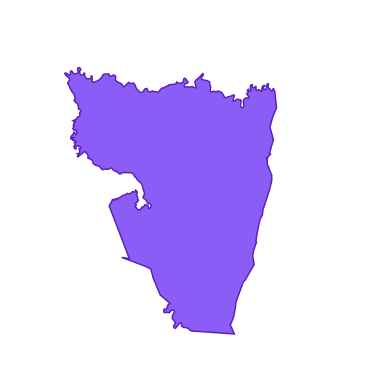 San Jerónimo Coatlán, Oaxaca, Mexico (orthographic projection), rotated 346°
{"feature_id": "50627088B48669608540498", "entity_name": "San Jerónimo Coatlán", "entity_type": "district", "adm_level": 2, "iso_a3": "MEX", "parent_name": "Mexico", "parent_adm1": "Oaxaca", "projection": "orthographic", "projection_center": [-96.995, 16.194], "detail": "fine", "context": "isolated", "style": "filled", "palette": "violet", "viewbox_px": 384, "rotation_deg": 346, "n_neighbors": 0, "source": "geoboundaries", "source_scale": "gbopen_adm2", "svg_char_len": 5917}
<svg xmlns="http://www.w3.org/2000/svg" viewBox="0 0 384 384"><g transform="rotate(346 192 192)"><path d="M108.0,238.5L128.2,252.4L133.4,256.7L133.6,266.6L136.3,284.3L143.7,294.7L143.1,295.3L142.3,295.2L141.3,295.8L139.4,298.8L138.7,299.1L136.6,299.1L135.9,299.7L135.7,302.0L136.5,302.5L138.9,302.8L140.2,303.5L141.0,303.5L143.5,301.9L144.7,301.9L145.7,302.5L146.1,303.7L143.0,307.5L142.2,310.1L143.7,312.7L144.2,314.7L143.6,315.8L141.7,317.6L141.7,319.2L142.3,320.1L143.7,319.9L144.8,318.7L147.0,317.4L147.8,316.3L149.3,316.3L149.8,317.5L149.6,320.0L151.5,321.6L152.6,321.7L154.7,323.0L156.0,324.3L156.9,326.0L158.4,326.9L198.8,340.0L197.0,329.9L198.5,328.5L202.4,322.8L206.1,314.6L208.0,309.5L219.7,292.1L222.4,290.2L234.8,277.3L235.5,268.3L238.2,262.8L242.5,256.2L242.0,255.7L244.2,250.1L248.4,241.0L251.4,235.0L254.7,231.4L256.5,226.5L267.3,209.4L272.1,200.4L273.4,195.2L271.8,182.8L273.2,177.9L273.0,177.7L273.6,177.3L273.5,177.0L272.6,177.0L272.6,176.7L273.5,176.7L277.3,174.4L277.1,173.6L276.6,173.1L283.7,160.8L283.3,148.0L288.1,139.3L294.4,130.8L296.7,113.9L296.1,112.8L296.1,111.5L295.8,111.4L294.4,113.2L293.8,113.2L293.3,112.8L292.8,111.4L291.5,109.7L291.1,108.3L292.3,105.5L291.0,105.6L290.0,107.2L289.1,109.8L288.2,110.3L286.9,110.0L286.4,107.9L287.0,107.1L288.0,107.0L288.3,106.3L287.6,106.0L286.0,106.7L285.5,107.1L285.5,107.7L284.8,108.6L284.4,110.3L283.9,111.0L281.0,108.7L279.3,109.3L278.8,109.1L278.7,108.2L279.6,105.3L279.4,104.9L277.3,105.9L276.3,105.1L275.8,104.1L276.6,102.6L275.7,102.3L274.5,102.7L273.6,105.8L274.3,106.8L273.6,108.0L272.6,108.2L272.1,107.8L271.8,106.4L271.4,105.9L270.2,107.0L271.0,107.5L271.0,108.1L269.4,109.9L268.7,110.1L270.3,113.3L270.4,114.0L270.1,114.4L269.4,114.6L268.8,114.1L266.7,113.9L265.4,114.3L264.0,115.8L263.5,116.7L263.5,119.0L263.0,121.5L262.4,122.2L261.0,122.6L260.5,122.0L259.9,120.1L261.8,114.9L261.6,114.4L258.6,113.1L257.4,113.0L255.8,114.0L254.9,114.1L254.2,113.7L254.2,113.2L255.1,110.8L256.4,108.9L256.4,108.4L256.1,108.0L255.1,107.9L251.9,108.5L249.9,108.3L248.3,108.7L247.4,108.6L246.6,108.1L245.3,103.5L244.8,102.6L242.9,101.0L241.5,100.4L239.5,100.6L238.5,100.3L237.2,99.3L235.3,99.7L234.9,99.5L234.3,98.6L234.3,97.5L235.6,94.5L235.3,93.0L235.7,89.5L233.7,87.5L231.6,86.8L229.5,85.5L228.9,85.0L228.7,84.1L229.0,83.0L231.0,81.5L231.3,80.9L231.5,80.3L231.1,79.7L227.2,82.3L222.4,84.7L221.4,85.9L221.3,91.3L221.1,91.7L220.3,91.7L219.5,91.4L217.7,89.7L214.6,89.6L212.0,88.4L211.3,88.8L210.2,88.1L210.1,87.3L211.1,85.7L211.6,85.3L213.5,85.3L214.5,84.9L214.8,84.4L213.9,82.7L213.6,81.3L213.0,80.2L212.3,79.8L211.5,80.1L210.2,82.8L209.0,83.7L206.6,83.7L205.3,83.3L203.8,81.6L202.7,82.9L201.9,83.3L196.5,82.5L195.2,82.6L194.9,82.9L193.2,83.1L190.5,84.0L187.7,84.0L186.1,84.9L185.0,86.0L183.0,87.0L178.1,84.5L174.7,84.7L173.9,83.9L173.4,80.7L171.6,80.5L170.1,81.3L169.9,82.0L168.8,82.8L167.4,83.4L165.1,82.0L164.5,80.4L163.0,78.2L162.7,74.6L161.8,72.3L161.1,72.0L158.8,72.1L158.2,71.8L157.6,70.6L157.0,70.3L152.1,73.1L151.2,73.4L150.8,73.2L150.4,72.5L150.3,70.7L148.3,68.6L146.7,67.7L144.7,65.0L146.0,61.2L144.6,59.7L144.1,59.5L141.9,60.0L140.9,59.8L140.1,59.4L140.0,57.6L139.8,57.2L137.3,56.9L135.3,56.3L134.0,56.7L133.0,58.1L129.9,60.4L126.7,61.4L122.3,61.7L121.9,60.7L123.0,55.5L122.5,55.1L122.0,55.3L121.7,57.0L121.3,57.4L118.7,57.1L117.5,56.6L116.5,55.6L116.0,54.0L116.5,50.7L115.8,50.5L115.1,51.3L114.8,52.3L113.9,52.4L112.7,51.5L112.0,50.5L111.9,48.3L112.3,47.6L113.5,46.6L113.8,45.7L112.9,44.1L111.3,44.0L110.6,45.3L110.7,47.8L110.3,48.6L108.8,49.2L106.8,49.0L106.0,48.6L104.7,45.9L104.2,45.4L103.5,45.3L103.0,46.1L102.4,48.5L101.8,48.9L100.7,48.5L98.9,46.3L97.8,45.9L97.3,46.2L97.2,46.8L98.0,48.5L100.5,51.9L100.4,53.8L98.0,55.8L97.7,57.0L98.8,59.6L98.7,61.4L99.9,65.9L101.4,69.2L101.3,72.3L100.4,74.2L99.7,74.7L100.2,75.2L100.6,76.9L102.3,78.3L102.4,82.2L101.8,83.7L103.5,85.5L103.8,86.3L103.7,86.8L102.0,88.2L101.7,91.1L101.3,91.5L99.2,91.5L98.5,92.6L97.9,92.6L96.0,94.0L94.8,93.7L93.7,94.0L95.8,95.5L94.0,96.4L94.1,98.4L93.5,98.6L93.1,98.4L92.8,98.8L93.1,99.4L92.8,100.5L91.7,101.8L92.1,102.8L93.9,103.9L94.4,103.9L94.9,104.5L94.4,105.7L94.8,106.4L94.4,107.4L93.1,107.9L92.0,105.3L91.2,106.7L88.2,108.7L87.3,110.2L87.4,111.1L87.9,111.7L88.5,111.7L88.8,110.3L90.2,110.6L88.9,112.7L88.9,113.1L89.8,113.7L91.2,114.0L91.5,114.9L91.4,115.4L91.0,115.6L89.8,115.6L89.7,115.9L90.2,116.8L90.1,117.5L88.7,118.9L88.3,119.8L88.7,121.2L89.4,122.1L90.0,122.1L90.1,120.1L91.0,119.4L91.8,119.5L93.9,120.4L94.8,121.5L95.0,122.1L94.7,122.7L93.8,123.1L93.0,122.5L93.0,124.7L92.3,127.1L90.2,127.1L91.2,127.9L89.5,129.6L89.4,130.0L89.7,130.3L97.7,126.7L99.1,128.9L100.0,131.4L99.2,133.8L99.8,134.5L101.0,135.0L102.4,136.6L103.2,138.3L102.9,140.1L104.3,142.3L108.3,144.5L110.0,148.3L110.5,148.7L113.1,148.7L114.6,149.3L116.8,149.7L119.2,149.1L120.0,149.5L120.9,151.6L122.9,153.6L124.2,154.3L126.1,157.0L127.2,157.2L127.8,156.6L130.4,156.6L137.2,158.5L139.0,159.7L139.7,161.1L140.2,163.6L141.4,164.9L142.0,167.4L144.7,171.1L145.6,173.6L145.3,173.3L145.4,178.9L145.7,181.4L145.0,183.2L143.6,184.6L143.3,185.5L143.5,186.4L144.8,187.5L145.6,189.2L145.9,191.2L146.3,192.1L148.4,193.2L148.9,194.0L149.0,195.0L148.1,197.0L146.9,197.6L146.1,197.6L145.9,197.1L146.1,196.1L145.4,194.5L145.9,194.0L144.1,193.5L143.5,192.9L142.8,193.1L141.6,194.7L139.4,194.6L139.2,195.8L137.1,196.4L137.0,197.0L135.1,195.8L134.2,193.8L133.2,192.7L133.2,192.3L134.8,191.2L134.6,189.9L134.3,189.3L136.8,188.4L136.9,187.8L138.0,187.1L137.7,185.4L137.9,183.3L137.4,181.5L137.8,181.4L138.1,180.2L138.9,178.8L138.7,177.9L137.7,176.6L136.6,178.3L134.5,177.2L131.3,178.8L130.7,178.8L129.2,177.8L128.1,177.7L127.0,178.6L124.0,178.6L120.6,180.0L118.7,180.0L118.2,180.9L117.5,181.2L116.4,179.9L115.9,179.9L115.4,181.0L114.5,181.1L113.8,180.2L113.0,180.1L112.6,181.2L111.7,181.5L110.6,183.3L108.9,184.6L108.3,185.6L115.1,241.4L108.0,238.5Z" fill="#8b5cf6" stroke="#5b21b6" stroke-width="1.5"/></g></svg>